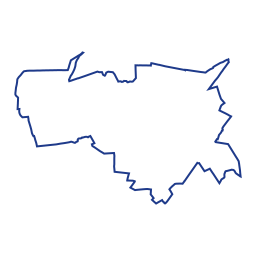 Cefa, Bihor, Romania (Equal Earth projection)
{"feature_id": "2599482B41773522941584", "entity_name": "Cefa", "entity_type": "district", "adm_level": 2, "iso_a3": "ROU", "parent_name": "Romania", "parent_adm1": "Bihor", "projection": "equal_earth", "projection_center": [21.696, 46.898], "detail": "fine", "context": "isolated", "style": "outline", "palette": "blue", "viewbox_px": 256, "rotation_deg": 0, "n_neighbors": 0, "source": "geoboundaries", "source_scale": "gbopen_adm2", "svg_char_len": 5546}
<svg xmlns="http://www.w3.org/2000/svg" viewBox="0 0 256 256"><path d="M240.6,176.5L240.2,172.9L240.0,170.3L239.4,166.1L239.1,163.8L238.8,162.1L238.7,161.3L238.6,161.1L236.7,157.9L236.4,157.5L228.1,144.1L215.6,142.1L215.3,141.6L215.9,140.7L217.0,139.1L217.7,139.3L218.0,138.6L219.0,135.0L221.1,132.5L221.9,130.7L222.1,130.6L222.5,130.6L222.8,129.7L222.5,129.2L222.4,128.7L222.4,128.2L223.4,126.5L227.4,121.2L228.6,119.7L230.8,116.9L231.1,116.4L230.4,116.1L228.6,115.1L228.0,114.7L225.1,113.2L222.2,111.8L219.4,110.4L219.7,109.5L220.4,107.6L220.8,106.5L221.2,105.7L221.6,105.2L222.3,104.6L224.1,103.3L224.5,103.0L221.0,98.9L219.5,94.7L217.0,86.6L208.8,89.1L215.0,80.7L216.4,79.1L217.0,78.4L218.1,77.0L218.7,76.1L219.7,74.6L221.2,72.4L222.3,71.0L223.5,69.2L226.0,65.9L226.9,64.6L228.8,62.1L228.6,61.7L228.5,61.2L228.4,61.0L228.4,60.6L228.4,60.2L228.5,59.7L228.4,59.4L228.1,59.6L226.6,59.9L226.4,60.1L224.8,60.9L223.7,61.6L222.8,62.1L220.6,62.8L219.6,63.3L218.8,63.8L215.4,65.7L213.3,67.0L213.1,67.9L213.0,68.0L212.5,68.3L211.8,68.6L210.4,69.2L209.7,69.6L207.3,71.2L205.7,72.5L205.3,72.6L203.4,72.3L200.8,72.0L196.0,71.3L193.2,70.9L191.2,70.6L189.2,70.3L187.3,70.0L184.9,69.8L184.9,70.1L184.7,70.0L165.3,66.3L159.1,64.8L158.7,64.8L152.1,63.3L151.3,63.2L150.8,65.6L149.9,65.4L149.4,65.5L146.4,65.4L142.7,65.4L139.4,65.3L139.1,65.4L135.5,65.3L135.6,70.1L135.8,75.1L135.9,78.1L133.5,80.8L133.0,81.4L132.8,81.5L132.6,81.5L132.0,81.7L131.6,81.7L131.4,81.7L130.2,81.5L129.9,81.5L129.5,81.6L129.1,81.9L128.7,82.0L128.2,82.2L127.7,82.3L127.3,82.2L127.1,81.8L126.8,81.5L126.6,81.2L126.3,81.0L126.2,81.0L125.8,81.0L125.6,81.0L125.4,81.0L125.1,81.0L124.0,80.9L123.8,81.1L123.4,81.4L123.2,81.6L122.1,81.9L121.8,81.9L121.5,81.9L121.3,81.7L121.0,81.5L120.8,81.3L120.6,81.3L120.0,81.3L118.3,81.6L118.0,80.9L116.7,78.5L114.6,74.3L113.5,73.0L113.0,72.3L112.8,72.2L111.9,72.1L108.2,71.7L107.5,72.0L106.3,72.6L106.2,72.9L106.0,73.2L105.7,74.1L105.6,74.4L105.2,75.2L105.0,75.6L104.8,75.7L104.7,75.6L104.3,75.4L103.5,75.1L103.2,74.9L102.7,73.9L102.0,72.1L101.1,72.1L99.9,72.2L99.3,72.2L97.4,71.6L84.7,76.1L78.3,78.3L77.5,78.4L76.5,78.8L72.9,80.0L72.7,80.1L71.0,80.7L69.3,81.2L69.0,80.0L69.0,79.7L69.2,79.4L69.7,78.2L70.7,75.9L71.0,75.4L71.5,74.8L71.8,74.4L72.5,73.1L73.3,71.6L73.7,70.7L74.3,69.4L74.9,67.6L75.3,66.3L75.5,65.0L75.8,62.7L76.8,60.2L78.4,57.9L79.0,56.5L79.3,56.0L79.5,55.8L80.2,55.3L80.8,54.8L82.3,53.5L82.7,53.1L83.1,52.7L82.5,52.5L82.3,52.8L81.6,53.5L80.2,54.6L78.1,55.8L77.5,56.2L75.9,57.2L70.9,60.3L70.1,62.8L69.3,65.3L68.7,67.6L67.8,70.1L64.8,70.2L63.6,70.2L59.5,70.1L55.5,70.2L43.3,70.4L40.6,70.5L38.3,70.5L32.7,70.7L29.9,70.7L28.8,70.7L26.8,70.8L26.6,70.9L24.3,71.2L24.0,71.3L23.7,71.5L22.3,73.0L20.7,75.1L18.8,77.1L17.5,79.0L17.3,79.6L17.1,82.0L16.7,84.6L16.0,87.7L15.7,90.5L15.5,92.2L15.4,92.7L15.4,93.9L15.4,94.2L15.4,94.6L15.6,95.0L15.8,95.3L16.2,95.9L16.6,96.2L17.0,96.6L17.8,97.3L18.0,97.6L18.1,97.8L18.0,99.4L18.0,100.8L17.9,102.4L17.9,103.2L17.8,105.0L17.6,109.1L19.4,109.0L19.3,110.0L19.2,110.9L19.3,112.3L19.6,113.6L20.5,115.4L22.4,117.3L26.0,117.0L28.1,116.8L28.5,119.0L28.5,119.9L28.6,120.7L29.1,122.3L29.4,123.3L30.3,126.2L30.8,128.0L31.1,129.0L31.7,131.8L31.9,132.9L32.1,133.5L32.2,133.8L32.5,134.3L32.6,134.7L33.4,136.1L34.1,136.0L34.5,137.2L34.7,137.8L35.3,140.1L35.9,141.9L36.3,143.2L37.0,146.4L52.2,144.8L56.2,144.4L60.6,143.6L63.6,143.2L66.1,142.8L68.4,142.4L69.4,142.2L71.1,141.7L71.7,141.8L72.6,142.1L74.6,142.8L74.8,142.8L75.1,142.8L75.3,142.7L75.7,142.4L76.2,141.9L76.6,141.7L77.1,141.6L77.6,141.4L77.7,141.2L77.8,140.9L77.8,140.5L77.8,140.1L77.7,139.8L77.8,139.5L78.1,139.0L78.4,138.7L78.5,138.6L78.9,138.5L80.7,138.4L81.0,138.3L81.3,138.2L81.7,137.7L82.1,137.5L82.4,137.7L85.0,136.9L85.9,136.8L86.6,136.8L87.2,136.9L87.6,137.1L88.0,137.3L88.4,137.1L88.7,136.9L88.9,136.6L89.3,136.4L89.7,136.3L90.3,136.0L90.7,136.6L91.7,138.4L93.3,141.2L94.4,143.2L94.0,143.4L92.2,144.2L91.9,144.3L92.1,144.9L92.2,145.6L92.3,145.8L92.4,146.0L92.7,146.2L95.1,147.7L99.8,151.0L102.7,152.7L104.1,153.6L114.0,153.0L114.1,153.6L114.4,155.9L114.3,157.7L114.3,159.4L114.3,160.8L114.3,162.7L114.3,164.2L114.1,166.3L114.2,167.4L114.4,169.3L114.6,171.8L129.0,173.4L128.4,175.5L127.7,178.0L127.4,179.5L127.2,180.4L127.2,180.5L130.5,180.6L132.9,180.7L134.6,181.2L134.8,181.3L134.7,181.7L134.5,182.0L130.4,187.6L135.0,190.1L136.5,189.9L140.5,189.5L144.0,189.2L145.3,189.1L147.2,189.0L149.1,189.2L150.4,189.4L150.9,189.5L151.0,189.5L150.7,194.4L153.6,198.1L152.0,199.8L153.5,201.2L156.1,203.5L158.0,202.4L162.1,200.1L162.6,200.9L162.9,201.5L163.3,201.8L164.0,202.3L164.2,202.6L164.4,203.1L164.6,203.3L165.2,203.4L165.4,203.3L167.0,201.6L167.8,200.5L168.6,199.4L172.3,194.2L171.7,193.1L170.4,190.8L169.4,189.3L170.3,188.2L172.4,186.1L173.4,185.3L174.8,184.0L175.1,183.9L175.6,183.8L176.5,183.7L177.8,183.7L178.9,183.6L179.8,183.6L180.8,183.6L182.6,183.7L183.4,182.6L183.7,182.2L184.3,181.5L184.3,181.3L184.5,181.2L189.7,173.7L191.9,170.6L197.3,162.9L197.6,163.1L198.0,163.2L198.7,163.2L199.1,163.1L204.5,171.2L208.8,169.2L209.8,168.7L210.8,170.2L211.5,171.3L212.3,172.5L213.3,173.9L219.4,183.2L220.0,182.2L220.5,181.3L221.0,180.4L221.3,179.6L221.5,179.4L223.2,178.3L223.9,177.8L224.2,177.6L224.4,177.2L224.5,176.9L224.4,175.7L224.4,174.3L224.4,174.1L225.4,171.5L225.6,171.3L226.0,171.1L227.2,170.9L231.4,169.8L231.6,169.7L233.1,169.9L233.5,170.0L234.0,170.4L234.4,170.8L234.7,171.2L235.0,171.7L235.3,172.4L235.7,173.0L236.2,173.5L237.2,174.2L238.6,175.2L239.3,175.6L240.1,176.3L240.4,176.4L240.6,176.5Z" fill="none" stroke="#1e3a8a" stroke-width="2"/></svg>